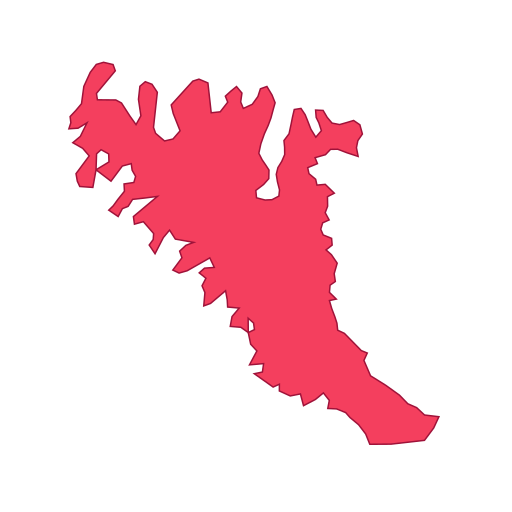 the district of Novo Barreiro, Rio Grande do Sul, Brazil, rotated 278°
{"feature_id": "56859067B91142511999740", "entity_name": "Novo Barreiro", "entity_type": "district", "adm_level": 2, "iso_a3": "BRA", "parent_name": "Brazil", "parent_adm1": "Rio Grande do Sul", "projection": "mercator", "projection_center": [-53.105, -27.904], "detail": "fine", "context": "isolated", "style": "filled", "palette": "rose", "viewbox_px": 512, "rotation_deg": 278, "n_neighbors": 0, "source": "geoboundaries", "source_scale": "gbopen_adm2", "svg_char_len": 3029}
<svg xmlns="http://www.w3.org/2000/svg" viewBox="0 0 512 512"><g transform="rotate(278 256 256)"><path d="M410.0,203.4L404.4,206.6L393.8,200.5L391.6,191.7L420.7,184.3L423.2,174.9L420.4,169.1L393.8,151.0L385.6,154.2L369.4,163.4L360.3,157.5L357.2,149.4L363.5,139.5L369.1,136.6L404.4,135.5L411.6,129.1L413.2,122.1L407.9,117.4L394.8,117.8L378.8,122.5L369.4,118.9L377.0,111.7L388.8,101.5L391.0,95.5L388.6,77.2L394.8,75.4L419.8,90.9L425.7,87.8L426.6,78.1L423.5,71.2L414.8,66.3L400.0,61.9L382.5,62.0L375.0,57.3L368.2,52.5L362.2,54.1L355.9,53.0L357.8,62.0L364.4,70.1L350.0,65.4L342.7,58.8L338.5,69.4L331.9,76.9L312.5,66.3L305.3,68.6L300.3,71.8L301.2,84.9L319.1,85.6L309.9,102.0L326.5,111.1L330.1,119.6L323.7,121.4L318.1,125.7L311.8,124.8L309.0,115.3L301.8,116.7L293.1,111.5L285.8,107.6L280.9,103.8L275.9,114.0L284.3,117.1L287.4,122.5L294.9,125.9L298.1,138.4L301.3,150.1L278.0,129.1L270.6,131.2L274.3,139.7L264.0,151.5L258.0,151.9L252.0,148.7L244.2,155.7L261.4,161.7L269.6,166.8L261.5,173.8L260.8,192.4L256.8,185.1L250.2,179.7L243.9,182.9L230.5,175.6L228.4,182.2L231.8,189.9L247.7,210.5L238.9,216.3L236.8,206.7L231.4,202.1L227.0,209.5L219.0,206.7L212.7,210.5L199.3,211.2L202.7,217.6L217.4,230.7L208.6,233.6L201.5,235.0L202.1,246.6L192.7,240.7L182.7,240.3L183.3,250.9L179.1,259.0L167.9,263.0L162.1,270.1L147.3,264.7L150.5,278.5L142.0,278.5L139.2,270.7L128.6,291.2L132.3,297.0L125.6,297.9L122.2,309.4L125.6,319.2L114.4,323.9L122.2,334.8L129.8,341.8L123.2,348.7L115.0,348.3L115.8,357.1L113.4,366.6L109.1,371.6L103.2,381.1L95.0,389.4L85.4,394.9L88.5,415.9L91.4,427.2L96.9,448.5L110.4,455.9L122.3,459.5L122.0,445.0L128.2,436.2L130.8,426.9L138.2,417.4L146.0,402.5L153.3,386.1L167.6,377.4L175.4,379.7L177.0,373.4L191.7,354.3L193.9,347.2L200.7,345.5L206.7,342.6L214.5,338.3L222.1,334.9L224.5,341.5L230.2,333.8L237.4,333.4L241.8,338.1L249.4,335.9L260.2,337.4L267.8,330.5L271.8,324.5L277.4,329.9L284.0,328.4L286.2,319.6L291.5,316.4L298.1,317.4L301.9,323.4L308.5,318.5L315.3,320.0L324.7,318.5L329.1,324.8L336.6,314.6L334.7,306.5L340.3,304.4L344.9,297.0L350.7,294.9L356.0,304.0L361.6,300.8L366.0,310.7L372.0,315.0L373.1,322.1L370.9,331.6L368.8,343.3L377.2,340.4L384.4,340.8L391.6,344.4L400.4,340.6L403.8,333.8L400.8,327.3L397.8,320.5L398.2,312.8L403.2,307.2L409.5,302.2L408.8,294.7L401.6,296.3L396.6,299.7L389.2,303.3L382.0,298.7L389.2,292.7L396.9,288.4L402.8,285.0L408.4,280.0L406.4,273.5L398.6,272.8L391.4,272.4L381.6,271.7L374.2,267.6L367.6,269.2L360.4,270.3L353.2,268.3L346.6,265.4L339.7,264.7L332.5,266.9L324.7,270.1L318.5,270.3L314.0,264.0L312.7,257.2L313.7,248.4L320.9,246.7L327.9,253.6L334.4,257.9L342.9,256.9L347.5,252.9L352.1,248.7L358.1,244.5L367.8,245.2L378.2,247.3L387.0,249.9L394.8,251.6L403.8,252.7L410.4,253.6L417.6,249.5L425.4,243.2L422.2,237.1L414.2,235.7L405.7,231.2L400.4,222.9L406.4,219.4L415.4,219.4L421.1,213.1L415.7,208.1L410.0,203.4ZM319.1,85.6L335.0,83.9L339.7,87.8L336.6,95.9L328.7,97.3L319.1,85.6ZM179.1,259.0L193.3,256.9L189.3,262.9L182.9,264.7L179.1,259.0Z" fill="#f43f5e" stroke="#9f1239" stroke-width="1.5"/></g></svg>